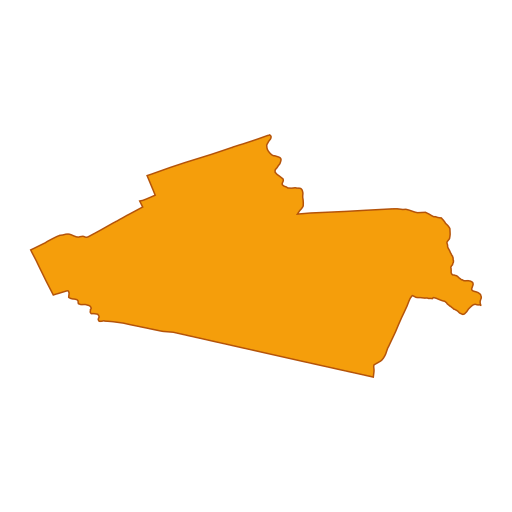 the district of Frasinet, Teleorman, Romania
{"feature_id": "2599482B88018046154860", "entity_name": "Frasinet", "entity_type": "district", "adm_level": 2, "iso_a3": "ROU", "parent_name": "Romania", "parent_adm1": "Teleorman", "projection": "natural_earth1", "projection_center": [25.422, 44.188], "detail": "fine", "context": "isolated", "style": "filled", "palette": "amber", "viewbox_px": 512, "rotation_deg": 0, "n_neighbors": 0, "source": "geoboundaries", "source_scale": "gbopen_adm2", "svg_char_len": 5947}
<svg xmlns="http://www.w3.org/2000/svg" viewBox="0 0 512 512"><path d="M373.3,377.1L373.9,372.2L374.0,371.0L374.0,369.7L373.7,366.8L373.8,365.7L373.9,365.1L374.1,364.9L374.4,364.6L379.0,362.0L380.4,361.2L381.2,360.6L381.8,360.1L382.4,359.4L383.5,358.0L384.7,356.0L385.3,354.8L385.8,353.7L386.4,351.9L387.6,348.4L387.9,347.7L388.5,346.7L390.6,342.2L393.4,336.3L395.6,331.6L398.4,324.9L401.6,317.6L403.9,312.8L407.0,306.1L408.9,301.2L410.0,298.7L410.8,297.4L411.1,297.1L412.1,295.8L412.3,295.6L412.6,295.6L414.4,296.5L415.9,297.3L416.3,297.4L417.9,297.6L420.5,297.6L423.9,298.0L424.7,298.1L426.5,298.0L427.2,298.0L427.8,298.2L428.4,298.4L428.9,298.5L430.1,298.4L432.5,298.6L432.9,298.0L433.0,297.8L433.3,297.6L433.6,297.6L434.2,297.7L436.6,298.4L437.4,298.8L439.4,299.6L441.4,300.4L443.3,301.0L444.4,301.2L445.3,301.7L445.9,302.3L446.5,302.7L447.1,303.7L447.9,304.4L448.7,305.0L449.9,306.1L450.6,306.3L450.8,306.4L451.2,307.0L452.6,308.0L453.0,308.3L453.6,309.0L453.9,309.2L454.6,309.3L457.1,310.7L457.7,311.1L458.4,311.8L459.5,312.9L460.0,313.2L462.4,314.3L462.8,314.4L463.4,314.3L464.0,314.1L464.5,313.9L465.0,313.4L466.7,311.7L467.5,310.5L468.5,309.0L470.1,307.4L471.4,306.2L472.4,305.4L473.5,304.7L475.0,304.3L475.4,304.3L475.8,304.4L476.3,304.6L477.2,304.8L478.0,304.9L478.7,304.9L480.1,304.7L480.4,305.3L480.7,305.3L480.7,304.8L480.4,304.1L480.2,303.0L480.1,302.1L480.2,301.3L480.3,300.6L480.7,299.6L480.9,298.8L481.2,298.2L481.3,297.9L481.2,296.7L481.1,296.3L480.8,295.6L480.7,295.0L480.5,294.6L480.3,294.3L480.1,294.1L479.1,293.3L477.9,292.5L477.4,292.3L476.9,292.2L475.8,291.7L474.6,291.5L474.0,291.2L473.5,291.2L473.2,291.0L472.4,290.5L472.1,290.2L471.8,289.8L471.7,289.4L471.7,288.7L472.5,286.4L473.0,284.9L473.1,284.2L473.0,283.5L472.9,283.0L472.7,282.6L472.3,282.2L471.8,281.8L471.0,281.4L470.4,281.1L469.2,280.9L468.3,280.7L466.9,280.7L465.3,280.8L464.0,280.7L463.4,280.5L462.4,279.8L461.7,279.8L461.5,279.7L461.0,279.4L460.4,278.8L460.2,278.6L459.7,278.5L459.5,278.3L458.7,277.5L458.3,277.2L457.8,276.6L456.8,275.9L456.1,275.6L455.0,275.4L454.4,275.1L453.9,275.0L453.0,275.0L452.5,274.8L452.0,274.4L451.4,273.3L451.2,272.8L451.1,272.2L451.2,270.6L451.1,269.8L451.1,268.7L450.8,267.8L450.8,267.6L450.9,267.1L451.3,266.3L451.6,265.7L452.5,264.8L452.6,264.4L452.8,263.4L453.3,262.5L453.4,262.1L453.5,260.7L453.3,260.4L453.1,259.4L453.1,259.1L453.1,258.2L453.1,257.9L452.8,257.3L452.5,256.1L451.9,255.5L451.7,255.2L451.4,254.3L450.5,252.8L449.6,250.7L449.0,249.6L448.0,247.8L447.7,247.0L447.6,246.2L447.6,245.4L447.4,244.4L447.0,243.3L446.9,242.8L447.0,242.3L447.1,241.9L447.9,240.7L448.5,240.0L449.2,239.1L449.6,238.3L449.7,237.5L449.9,236.4L450.1,234.7L450.1,233.3L449.9,228.9L449.8,228.4L449.0,227.1L448.2,226.0L447.4,225.1L445.8,223.6L445.3,223.1L445.1,222.5L443.3,220.1L442.4,219.2L441.9,218.6L441.4,218.0L440.9,217.8L440.4,217.9L440.1,217.9L439.2,217.7L437.8,217.5L436.7,217.1L435.5,216.7L433.7,216.7L431.4,215.5L429.1,214.1L425.4,212.3L417.5,212.7L414.9,212.1L409.3,210.2L407.9,209.8L405.9,209.3L402.9,209.5L397.2,208.8L395.0,208.8L391.5,208.9L363.6,210.4L346.2,211.4L330.7,212.1L310.5,213.0L297.4,214.1L298.9,211.8L299.9,210.4L301.5,208.7L302.6,207.1L303.0,206.4L303.2,205.8L303.3,203.0L303.1,199.9L302.7,197.4L302.7,195.8L302.8,194.7L302.9,193.3L302.8,192.4L302.4,190.8L302.1,190.0L301.5,189.2L301.1,188.8L300.7,188.5L300.0,188.3L299.5,188.2L296.5,188.1L295.8,187.8L294.7,187.8L293.3,188.0L291.1,188.2L290.1,188.1L288.3,188.0L287.7,187.9L287.4,187.7L286.7,187.2L286.2,186.9L285.2,186.6L283.8,186.0L282.7,185.1L282.3,184.7L282.2,183.9L282.2,183.4L283.1,181.3L283.3,180.5L283.3,180.2L283.1,179.2L283.0,178.9L282.5,178.5L279.3,176.0L278.3,175.3L276.7,174.1L276.1,173.3L275.5,172.7L275.2,172.4L275.1,172.0L275.1,170.8L275.1,170.2L275.5,169.5L276.0,168.8L276.8,168.0L277.5,167.0L278.3,165.7L279.7,164.0L280.2,162.9L280.9,160.6L281.0,159.3L280.8,158.7L280.4,158.1L280.0,157.7L279.5,157.4L278.3,156.9L274.8,155.8L273.5,155.7L272.3,155.2L271.0,154.2L269.6,152.8L268.4,151.2L267.8,150.3L267.2,148.9L266.8,147.0L266.8,146.3L266.7,145.3L266.8,144.8L267.1,144.2L268.7,141.3L270.5,139.0L270.8,138.3L271.0,137.5L271.1,136.9L270.9,136.2L270.6,135.7L270.2,135.3L269.6,134.9L268.9,135.3L268.1,135.4L267.6,135.5L257.8,139.0L252.2,140.9L246.7,142.7L243.1,143.9L239.3,145.0L235.3,146.3L233.0,147.0L232.7,147.2L232.4,147.5L232.1,147.4L231.8,147.5L223.0,150.5L211.3,154.4L201.0,157.6L184.9,162.6L170.4,167.4L151.6,174.1L147.1,175.6L153.1,190.0L155.2,195.2L146.4,199.0L142.8,200.4L139.7,201.0L142.7,207.0L128.9,214.4L126.9,215.4L122.4,218.0L119.4,219.6L117.1,221.0L115.7,221.6L115.5,221.8L113.5,222.8L99.9,230.5L88.2,236.8L87.4,237.1L86.6,237.3L85.7,237.2L85.0,237.0L84.1,236.6L83.5,236.4L82.7,236.3L80.0,236.7L78.7,237.1L76.5,236.9L73.8,235.9L71.0,234.7L69.4,234.2L68.7,234.1L67.0,234.1L65.8,234.2L62.7,235.0L59.5,235.4L59.1,235.7L57.9,236.1L56.3,236.8L52.7,238.6L47.2,241.5L45.3,242.8L43.0,243.9L33.7,248.5L30.7,249.9L32.0,252.6L35.3,258.9L36.4,261.0L37.8,264.0L39.1,266.7L46.1,281.0L53.3,295.0L56.3,294.0L57.9,293.6L66.4,291.0L66.9,290.9L67.4,290.8L67.7,290.8L68.1,290.9L68.3,291.1L68.8,292.1L69.0,292.7L69.1,293.1L68.7,297.0L68.7,297.3L68.9,297.5L70.5,298.4L72.4,298.9L74.6,299.1L75.9,299.4L76.7,299.6L77.4,300.1L78.0,300.8L78.1,301.4L78.2,302.9L78.3,303.4L78.5,303.8L79.5,304.0L80.1,304.4L80.6,304.5L81.3,304.6L85.3,304.5L86.1,304.7L88.9,305.5L89.5,305.8L90.1,306.2L90.7,307.0L91.0,307.6L91.2,308.3L91.1,308.7L90.5,309.4L90.4,309.6L90.5,309.9L90.2,312.0L90.5,312.7L91.0,313.4L91.2,313.6L91.6,313.7L93.0,313.6L94.5,313.7L97.1,314.1L97.5,314.2L97.7,314.3L98.1,314.8L98.4,315.1L98.8,315.9L99.1,316.7L99.1,316.9L99.1,317.2L98.6,318.0L98.3,319.0L98.2,319.4L98.4,320.0L98.6,320.4L98.9,320.9L99.1,321.2L99.5,321.3L101.1,321.3L102.9,321.0L103.6,320.8L104.1,320.8L104.6,321.0L104.8,321.1L108.3,321.3L113.0,321.7L123.3,323.1L129.9,324.6L160.2,330.9L162.9,331.4L173.0,332.2L301.0,361.0L373.3,377.1Z" fill="#f59e0b" stroke="#b45309" stroke-width="1.5"/></svg>